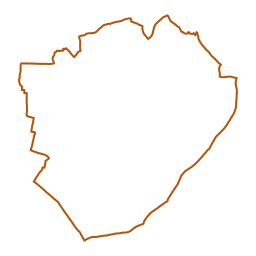 the district of Ibadan South West, Oyo, Nigeria
{"feature_id": "59680162B83508950999506", "entity_name": "Ibadan South West", "entity_type": "district", "adm_level": 2, "iso_a3": "NGA", "parent_name": "Nigeria", "parent_adm1": "Oyo", "projection": "robinson", "projection_center": [3.862, 7.363], "detail": "fine", "context": "isolated", "style": "outline", "palette": "amber", "viewbox_px": 256, "rotation_deg": 0, "n_neighbors": 0, "source": "geoboundaries", "source_scale": "gbopen_adm2", "svg_char_len": 5462}
<svg xmlns="http://www.w3.org/2000/svg" viewBox="0 0 256 256"><path d="M143.0,224.0L143.4,223.6L144.3,220.8L145.7,218.9L147.8,216.0L149.4,214.3L150.5,213.1L151.7,212.1L154.3,210.3L157.5,208.1L160.1,206.1L163.2,203.9L166.0,201.9L167.4,201.4L167.9,199.1L174.2,189.3L177.6,184.4L181.3,175.7L185.0,171.3L191.1,167.3L193.1,165.7L194.5,164.6L195.4,163.8L197.7,161.5L199.8,159.2L202.5,156.1L204.5,153.8L205.7,152.6L207.4,150.2L208.2,149.5L209.2,149.0L210.4,146.7L212.1,143.4L216.1,136.6L218.4,134.4L223.8,128.9L225.4,126.9L226.9,124.7L228.6,121.9L230.2,119.5L230.9,118.3L231.9,116.7L233.4,114.2L234.4,112.2L235.4,109.4L236.0,107.2L236.1,104.6L236.3,101.4L236.6,97.0L236.9,90.6L236.5,88.1L235.6,84.2L235.8,81.4L236.6,78.0L233.7,77.5L231.4,76.8L229.6,76.5L226.8,76.9L223.7,77.2L222.0,77.2L219.7,76.6L219.8,76.1L219.8,75.3L219.8,74.4L219.8,74.1L219.8,73.7L219.7,73.1L219.7,72.6L219.6,72.2L219.5,71.6L219.2,70.8L219.2,70.2L219.1,69.3L219.2,69.1L219.2,68.8L219.2,68.6L219.3,68.2L219.4,67.4L219.5,66.8L219.9,66.1L220.3,65.5L220.8,64.8L220.9,64.6L220.7,64.4L220.2,64.1L220.0,63.8L219.0,63.4L217.3,61.5L215.8,59.8L214.3,58.2L212.3,56.7L211.4,55.7L211.1,55.3L210.7,54.7L210.1,53.8L209.7,53.1L209.3,52.7L208.6,51.9L207.7,51.0L206.6,50.0L205.9,49.3L205.3,48.6L204.8,48.2L204.3,47.3L203.5,46.6L201.9,44.7L200.1,42.1L198.6,39.0L198.3,37.6L198.3,36.4L197.5,34.5L197.1,33.5L197.3,32.8L196.6,32.3L196.2,33.2L195.6,34.4L195.4,34.6L195.2,35.0L193.7,33.2L193.3,33.5L192.9,33.8L192.2,33.9L191.3,33.9L190.4,33.8L189.9,33.5L189.3,32.8L188.9,32.3L188.5,32.1L188.2,32.5L187.9,33.0L187.6,33.4L187.4,33.6L187.0,33.7L185.7,33.5L185.2,33.5L184.4,33.3L184.0,33.0L183.2,32.3L182.8,32.2L182.3,31.9L181.7,31.7L181.2,31.5L180.5,30.0L179.9,28.5L179.1,27.4L177.2,26.1L175.1,24.3L173.7,23.3L171.6,21.9L170.8,21.2L170.1,20.1L169.0,18.0L167.9,15.8L167.4,15.4L163.3,17.2L158.9,21.1L155.8,24.0L154.9,25.4L154.1,27.4L153.4,30.2L152.6,33.8L151.6,35.9L149.5,38.0L148.1,38.9L146.1,36.4L144.4,34.3L143.4,32.8L142.8,31.0L142.5,29.4L142.4,28.3L142.4,26.8L142.4,26.0L139.4,24.9L138.0,24.1L137.6,23.8L134.8,22.8L132.4,21.9L131.1,21.4L131.1,21.0L131.2,20.5L131.2,19.4L130.7,18.5L129.8,18.3L126.3,19.0L123.7,19.7L122.1,20.7L120.3,21.2L116.4,21.9L114.7,22.2L113.1,22.8L111.4,23.3L110.4,23.9L108.5,23.8L107.9,23.9L106.3,24.5L104.3,24.9L102.8,25.8L102.0,26.7L100.6,27.8L99.3,28.9L98.0,30.3L96.8,31.4L95.1,32.6L93.5,33.0L91.1,33.2L88.5,33.3L87.9,33.5L86.1,33.8L85.6,34.5L85.0,34.9L84.1,35.3L82.9,35.5L81.8,35.6L80.8,35.8L79.6,36.3L79.3,36.6L79.1,37.1L79.4,38.1L79.6,39.0L80.0,40.2L80.2,41.3L80.2,42.6L80.2,43.6L80.2,44.7L80.1,45.9L80.2,48.8L80.6,50.8L80.4,51.1L80.0,51.1L79.7,51.1L79.4,51.2L79.0,51.5L78.6,51.8L78.3,52.0L77.8,52.4L77.5,52.8L77.1,53.6L76.3,54.6L75.3,55.8L75.1,56.0L74.9,56.4L74.5,56.9L74.3,57.1L72.8,55.8L71.4,54.0L70.3,52.7L69.4,51.6L68.3,50.4L67.1,49.3L65.9,48.3L65.6,48.6L65.3,48.9L65.0,49.0L64.7,48.9L64.2,48.8L63.8,48.7L63.4,48.8L63.2,49.0L63.4,49.4L63.5,49.7L63.5,50.0L63.3,50.5L63.0,50.7L62.5,50.7L61.8,50.7L61.3,50.7L60.8,50.7L60.5,50.8L60.1,50.9L59.5,51.0L59.0,51.0L58.7,51.1L58.3,51.0L57.9,50.7L57.7,50.6L57.4,50.6L57.2,50.6L57.0,50.8L56.9,50.9L56.7,51.1L56.5,51.3L56.2,51.7L55.8,52.1L55.1,52.3L54.7,52.6L54.5,53.1L54.5,53.6L54.4,54.3L54.3,55.0L53.3,56.5L52.9,57.2L52.7,57.9L52.6,58.7L52.6,59.2L52.9,59.9L53.3,60.7L53.7,62.0L53.9,63.3L53.3,63.7L52.4,63.7L51.4,63.9L50.6,63.9L50.3,63.9L48.5,64.1L47.0,63.9L45.5,63.9L42.9,63.9L37.8,63.8L32.9,63.6L27.6,63.5L26.5,63.4L25.4,63.4L24.8,63.5L24.5,63.6L23.9,63.5L23.0,63.4L22.3,63.4L21.2,63.6L20.8,64.4L20.6,65.6L20.7,66.5L20.6,67.5L20.5,68.8L20.6,71.1L20.4,72.6L19.9,73.9L19.6,76.0L19.7,77.2L19.6,77.8L19.3,78.6L19.1,79.4L19.4,80.0L19.1,80.8L19.4,82.3L20.0,84.7L21.6,86.2L22.1,87.0L22.1,87.4L22.0,89.1L21.9,89.9L22.4,89.9L23.3,90.0L24.2,90.1L24.4,90.5L24.3,91.5L24.3,92.8L25.0,93.0L26.0,93.0L26.6,93.1L26.8,93.3L26.7,95.3L26.7,96.8L26.7,98.6L26.7,100.8L26.7,103.2L26.9,104.9L26.9,107.0L27.0,108.7L27.0,110.0L27.0,111.0L26.9,111.9L26.7,113.3L26.6,114.2L26.6,114.9L26.7,115.5L26.8,115.8L29.6,116.9L32.0,117.5L33.7,118.0L33.3,120.7L33.0,122.4L32.2,125.8L31.3,131.6L32.4,131.9L34.0,132.2L34.8,132.2L35.0,132.8L34.9,133.7L34.4,135.2L34.1,135.8L33.9,136.5L33.8,137.9L33.4,139.3L33.0,141.1L32.6,143.2L32.0,145.6L31.4,148.0L31.0,148.9L30.9,149.5L30.7,150.2L31.2,150.5L31.6,150.6L33.6,151.4L35.5,152.0L37.9,152.9L40.8,153.7L44.9,154.8L46.3,155.6L48.0,156.9L48.5,157.4L48.9,158.1L48.8,158.5L48.4,158.9L46.5,160.3L45.5,161.1L45.4,161.7L45.4,162.8L45.0,165.0L44.5,167.6L44.0,167.6L42.5,167.6L42.3,168.6L42.2,169.3L41.5,170.5L40.9,171.1L39.8,172.4L39.2,173.1L38.7,173.7L38.0,175.0L37.0,176.4L35.8,178.2L35.2,179.2L34.8,180.1L33.8,181.5L35.7,183.0L38.3,185.0L40.2,186.6L43.5,189.5L46.3,192.1L48.7,194.1L49.5,194.8L50.9,196.0L52.6,197.6L55.6,200.0L57.4,201.6L58.2,202.4L58.8,203.3L62.2,208.3L64.6,211.9L66.8,214.9L68.8,217.7L71.1,220.9L72.9,223.7L75.2,226.9L76.8,229.1L77.2,229.5L77.9,230.3L79.5,231.8L79.9,232.4L80.7,233.9L82.4,237.1L84.4,240.6L84.8,240.6L85.2,240.3L86.0,239.5L86.8,239.1L87.8,238.7L89.1,238.0L90.6,237.4L91.6,237.1L93.1,236.9L96.1,237.0L97.9,236.7L101.1,236.1L103.9,235.7L106.2,235.5L107.4,235.4L109.3,234.9L110.8,234.5L112.6,234.3L113.5,234.1L115.5,233.6L116.1,233.5L119.1,233.3L119.8,233.3L120.6,233.1L121.8,232.8L122.9,232.6L124.6,232.6L125.9,232.5L127.0,232.3L128.0,232.2L128.9,231.7L130.3,231.1L130.9,230.6L131.3,230.2L135.9,226.8L136.4,226.5L137.4,226.1L139.6,225.3L140.9,224.7L143.0,224.0Z" fill="none" stroke="#b45309" stroke-width="2"/></svg>